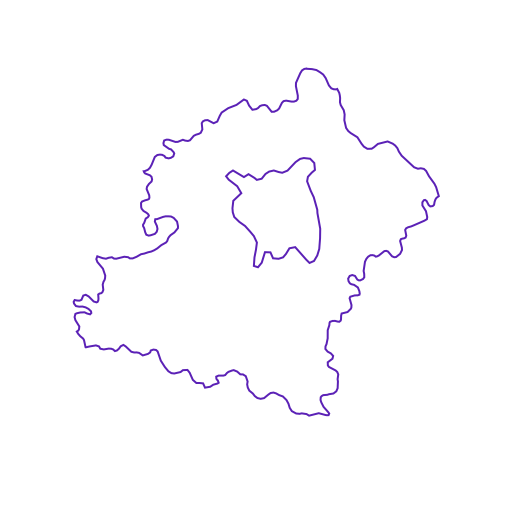 outline of Minsk, Minsk, Belarus, rotated 257°
{"feature_id": "67162791B84471344127718", "entity_name": "Minsk", "entity_type": "district", "adm_level": 2, "iso_a3": "BLR", "parent_name": "Belarus", "parent_adm1": "Minsk", "projection": "mercator", "projection_center": [27.512, 53.937], "detail": "fine", "context": "isolated", "style": "outline", "palette": "violet", "viewbox_px": 512, "rotation_deg": 257, "n_neighbors": 0, "source": "geoboundaries", "source_scale": "gbopen_adm2", "svg_char_len": 6098}
<svg xmlns="http://www.w3.org/2000/svg" viewBox="0 0 512 512"><g transform="rotate(257 256 256)"><path d="M252.5,427.9L253.4,430.8L255.4,431.6L261.4,431.7L267.8,429.5L270.9,430.2L272.6,432.1L272.6,433.4L271.2,434.6L266.8,435.7L265.1,437.0L264.9,439.4L265.8,441.0L268.6,442.2L270.8,443.6L272.1,445.0L273.2,447.6L282.6,447.0L286.3,446.1L294.8,442.5L300.6,440.9L303.1,439.2L304.4,436.3L304.6,433.4L306.9,430.0L320.9,420.5L325.6,418.7L329.3,418.0L332.3,416.5L334.7,414.5L338.0,410.0L337.8,400.0L335.4,395.3L334.5,392.8L335.4,388.6L338.3,385.7L341.6,384.1L348.9,381.5L354.5,375.9L357.0,374.0L360.5,372.6L368.4,372.6L374.0,374.2L378.3,374.3L384.0,372.5L386.9,372.4L391.0,373.5L393.8,373.8L396.2,373.8L400.5,372.7L400.3,371.6L401.0,369.2L402.4,367.1L405.8,365.4L413.7,363.9L417.7,362.3L420.6,359.8L423.6,356.7L425.5,352.6L427.1,347.2L427.3,347.2L427.4,345.1L426.5,342.6L424.2,340.3L415.7,333.9L412.5,333.1L402.8,332.8L399.6,332.0L398.2,330.2L397.9,327.6L398.4,325.5L400.6,320.3L400.7,317.7L399.4,315.7L394.5,311.7L393.2,309.5L392.5,306.1L393.0,303.7L399.9,300.4L401.2,298.5L401.5,295.8L401.2,293.6L399.7,291.3L399.1,289.3L399.3,285.4L404.1,283.1L409.3,282.0L411.2,279.4L407.6,271.0L406.3,262.2L403.5,254.8L400.8,252.3L395.7,248.5L394.9,244.6L399.3,239.5L399.7,236.8L399.1,234.5L397.6,233.0L391.4,232.2L388.5,229.9L387.9,227.9L387.7,224.8L387.1,222.4L383.6,217.7L383.4,215.5L384.4,212.9L385.7,210.9L384.8,205.4L385.3,203.1L388.9,197.2L389.5,195.0L389.2,192.5L386.8,191.2L384.8,191.1L380.0,195.4L379.0,197.2L375.7,199.1L374.3,199.4L371.7,197.8L370.8,195.1L370.8,192.8L372.2,190.0L374.0,189.3L375.7,187.3L376.4,185.2L376.6,182.6L375.3,179.7L368.5,174.9L365.8,172.5L364.3,170.0L363.7,166.4L363.8,165.7L362.5,165.9L361.3,166.6L358.5,170.8L356.7,172.0L354.0,172.0L352.1,171.0L350.3,167.9L348.0,165.4L345.9,164.5L339.2,165.6L337.0,165.3L335.8,164.7L335.3,163.3L335.2,160.5L334.7,157.2L333.5,155.9L329.4,155.1L327.8,155.2L325.2,156.5L322.7,159.1L320.9,160.4L319.4,160.7L318.1,159.3L317.3,157.0L313.4,154.5L311.9,153.0L310.6,152.7L308.3,153.3L304.0,153.4L301.4,153.9L300.0,156.0L299.9,158.0L300.3,162.4L301.9,164.7L304.5,166.1L307.6,166.2L312.3,165.2L314.5,166.1L314.2,167.9L315.0,174.2L315.0,176.8L314.2,180.1L313.6,182.1L311.6,184.4L307.3,186.8L302.6,186.7L300.7,186.2L297.3,181.8L295.5,177.4L294.2,175.6L292.9,174.3L290.6,172.9L289.4,171.4L287.9,166.2L285.6,161.5L284.5,158.1L283.9,154.9L283.9,151.8L283.5,147.7L283.6,144.4L282.1,139.5L281.4,135.3L282.0,132.6L283.6,131.1L284.9,127.5L284.8,119.2L285.4,117.1L287.2,115.3L287.4,112.0L287.1,109.2L288.4,106.1L291.4,101.3L288.9,99.7L285.8,100.1L278.1,104.0L270.8,104.7L268.3,103.9L266.8,103.1L265.2,101.6L262.6,100.2L257.3,99.6L255.4,98.3L254.6,97.0L254.6,95.0L254.0,93.6L249.8,92.9L248.3,92.4L246.9,91.3L246.7,90.2L248.2,87.6L254.2,83.9L256.5,81.4L256.3,78.8L252.6,76.1L252.2,74.2L252.8,71.8L253.9,69.4L252.3,68.0L250.6,68.0L247.7,69.3L246.4,72.3L245.8,75.5L244.3,78.4L242.1,80.9L239.2,82.8L237.5,82.7L236.5,81.2L238.0,78.4L239.7,76.3L240.5,72.0L240.5,68.6L240.2,67.0L237.3,65.5L234.1,65.6L227.1,68.0L224.5,67.1L223.3,66.1L222.7,64.4L220.2,65.2L217.4,66.7L214.4,69.0L212.7,69.5L205.5,69.4L205.3,69.6L205.3,73.4L204.9,79.9L203.2,82.7L200.7,83.4L199.2,86.7L198.9,91.7L198.2,94.1L197.0,95.9L195.1,97.1L195.2,99.2L196.5,101.6L198.5,103.9L199.2,106.8L197.2,108.7L190.7,113.0L189.4,115.6L188.9,118.0L187.9,120.3L184.6,123.3L184.9,128.7L185.9,131.2L187.6,132.2L187.9,135.0L186.9,137.5L185.1,138.7L175.4,139.7L168.4,142.2L163.4,144.7L160.9,147.2L159.9,149.9L159.9,156.4L161.2,159.1L160.4,163.6L157.2,165.1L149.5,166.6L145.7,169.3L145.0,172.3L143.8,175.8L139.2,176.7L138.9,182.0L140.2,185.4L140.4,189.8L140.9,191.1L143.4,190.8L144.5,190.0L145.5,189.8L147.4,190.1L147.9,192.7L146.8,197.3L146.9,199.2L148.5,201.3L149.3,203.1L149.8,206.9L149.8,208.6L147.6,211.7L144.2,214.1L143.6,216.6L141.2,219.0L135.6,219.6L132.9,218.5L129.7,218.4L126.3,219.2L122.7,222.0L119.8,223.3L117.3,225.4L115.8,228.4L115.7,231.9L118.2,236.9L119.2,239.4L119.0,242.3L117.6,244.7L115.3,247.2L113.1,250.6L108.8,253.3L104.8,254.4L100.5,254.7L96.8,256.0L93.5,259.7L92.4,263.0L92.4,265.1L90.6,269.7L88.5,271.8L88.7,281.8L85.4,288.0L84.9,289.3L84.6,290.9L86.0,291.9L87.5,291.3L93.8,287.9L98.7,286.7L101.2,286.5L103.8,287.3L104.7,288.4L105.3,290.2L104.7,294.3L104.9,296.0L104.6,300.5L106.1,303.8L108.8,305.8L115.3,307.6L117.6,307.8L122.1,309.5L124.7,309.1L126.6,307.8L131.5,302.1L133.2,301.4L136.3,302.0L138.7,307.4L141.3,308.7L144.3,307.0L146.7,304.3L149.8,302.7L152.3,303.4L154.3,304.9L159.6,307.3L167.6,309.2L172.1,311.9L174.3,312.6L175.2,313.3L175.5,316.0L175.0,318.4L173.7,320.9L173.2,322.4L174.0,324.0L175.2,324.6L178.7,325.5L180.7,326.5L180.8,332.6L183.3,336.6L184.3,337.3L186.7,338.0L193.8,337.7L195.1,338.7L195.4,343.4L194.8,346.2L195.0,348.1L196.0,348.6L198.4,348.8L202.4,348.2L205.8,345.1L207.1,342.5L208.3,341.3L210.7,340.5L213.2,340.7L215.5,342.8L215.8,345.5L214.3,348.0L210.3,349.4L209.2,350.6L208.8,352.0L209.5,355.1L210.9,356.7L214.2,357.4L217.2,357.5L225.9,360.9L228.4,362.9L230.1,365.1L231.0,367.7L230.6,369.8L229.8,371.4L228.4,372.6L228.4,373.9L228.8,375.7L231.9,382.2L231.7,384.1L230.7,385.6L225.1,388.5L223.7,390.4L223.5,392.3L225.7,396.9L229.0,399.6L231.3,400.0L238.2,399.8L239.8,400.9L240.0,402.4L239.9,404.3L240.3,405.9L242.0,407.0L247.8,407.2L249.2,408.5L249.8,410.7L249.9,413.7L250.4,416.7L252.5,427.9ZM340.4,244.8L343.0,248.7L344.5,252.8L335.6,262.0L337.4,267.1L332.4,272.1L330.0,273.9L330.0,278.9L333.8,283.7L335.3,287.8L335.3,292.6L332.7,297.0L331.2,300.3L332.1,305.9L338.6,315.7L340.7,320.8L340.7,324.6L338.6,330.6L333.5,333.7L326.6,332.8L324.7,329.1L321.5,324.4L317.3,322.6L307.1,324.0L300.3,325.5L287.3,326.1L284.0,325.5L268.1,324.7L258.8,322.4L248.6,319.2L242.7,315.8L238.1,311.4L237.2,306.6L241.0,304.2L255.8,296.2L256.0,290.3L251.2,285.6L248.6,282.1L248.2,277.4L249.9,272.1L256.3,270.9L257.7,265.6L248.2,260.1L244.6,255.4L246.8,251.7L255.0,254.2L262.2,257.4L268.9,259.9L275.9,258.4L281.2,255.7L287.7,252.1L293.0,247.4L298.9,243.6L303.8,243.2L307.8,243.8L314.9,246.3L320.5,255.8L328.2,253.4L336.5,246.6L340.4,244.8Z" fill="none" stroke="#5b21b6" stroke-width="2"/></g></svg>